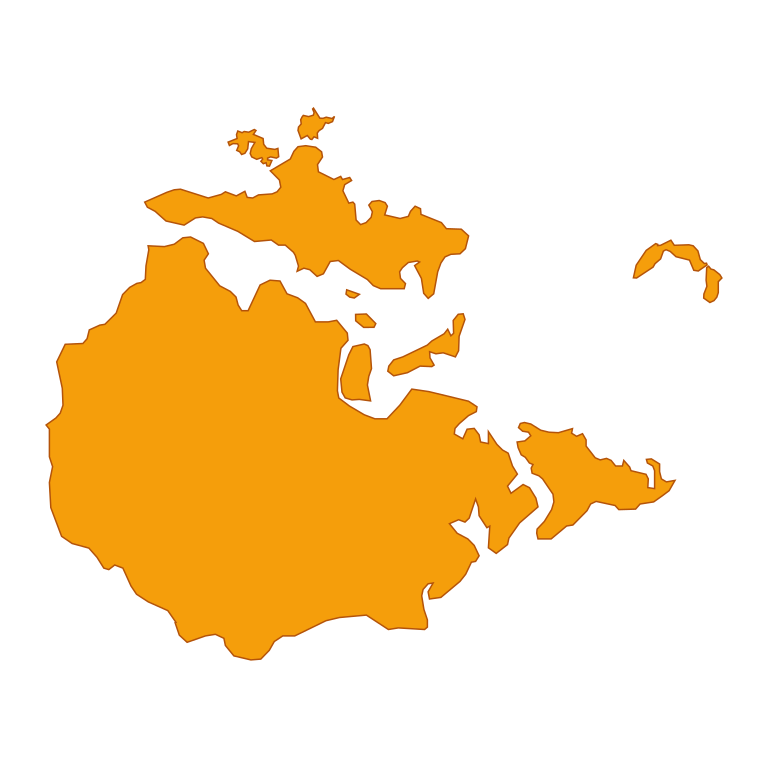 Semporna, Sabah, Malaysia (Robinson projection)
{"feature_id": "92858781B783004455088", "entity_name": "Semporna", "entity_type": "district", "adm_level": 2, "iso_a3": "MYS", "parent_name": "Malaysia", "parent_adm1": "Sabah", "projection": "robinson", "projection_center": [118.52, 4.527], "detail": "fine", "context": "isolated", "style": "filled", "palette": "amber", "viewbox_px": 768, "rotation_deg": 0, "n_neighbors": 0, "source": "geoboundaries", "source_scale": "gbopen_adm2", "svg_char_len": 6122}
<svg xmlns="http://www.w3.org/2000/svg" viewBox="0 0 768 768"><path d="M176.0,622.4L175.1,622.7L179.3,635.1L187.1,642.3L205.5,635.9L215.4,634.3L223.9,638.3L225.4,645.5L233.9,655.9L250.9,659.9L260.8,659.1L269.3,650.3L274.3,641.5L282.8,635.9L294.8,635.9L326.0,620.7L339.5,617.5L366.4,615.1L388.4,629.5L398.3,627.9L424.6,629.5L427.4,627.1L427.4,619.9L423.9,609.4L421.7,595.8L423.1,589.4L428.1,583.8L433.1,583.0L428.1,591.8L429.5,599.0L440.9,597.4L460.0,581.4L465.7,574.2L471.4,562.2L475.6,561.4L479.1,555.8L474.2,545.4L467.8,538.9L457.2,533.3L449.4,523.7L458.6,519.7L465.0,522.1L469.2,518.1L475.6,498.9L478.4,506.9L479.1,515.7L486.9,527.7L489.8,526.1L488.4,547.8L496.2,553.4L507.5,544.6L508.9,538.1L519.6,522.9L538.0,506.9L535.9,498.1L529.5,487.7L523.1,484.5L511.0,493.3L507.5,486.1L517.4,474.1L512.5,466.0L508.2,453.2L502.5,450.0L496.9,444.4L488.4,431.6L488.4,443.6L480.6,442.0L479.1,434.8L474.2,428.4L467.1,429.2L462.8,438.8L454.3,434.0L455.0,428.4L459.3,423.6L468.5,415.6L476.3,411.6L477.0,406.8L468.5,401.2L428.8,391.6L411.8,389.1L399.8,405.2L387.0,418.8L374.9,418.8L364.3,414.8L349.4,406.0L338.8,398.0L337.4,390.8L338.1,369.9L340.9,348.3L348.0,340.3L347.3,333.1L336.7,320.3L328.2,321.9L315.4,321.9L305.5,303.4L297.7,297.8L287.0,293.8L280.0,281.0L270.0,280.2L260.1,285.0L248.1,310.7L241.7,310.7L238.1,305.0L236.0,297.0L230.3,291.4L219.7,285.8L205.5,268.2L204.1,260.2L208.4,253.8L203.4,243.4L190.6,237.0L182.8,237.8L174.3,244.2L164.4,246.6L148.1,245.8L148.8,249.8L146.0,265.8L145.3,279.4L141.0,282.6L136.8,283.4L129.7,287.4L122.6,294.6L116.2,313.1L104.9,324.3L99.9,325.1L89.3,329.9L87.1,338.7L82.9,343.5L65.2,344.3L56.7,361.9L62.3,388.3L63.0,405.2L60.2,413.2L55.9,418.0L46.1,425.0L49.4,429.1L49.4,456.8L52.6,466.6L49.4,482.5L50.8,507.6L61.6,536.3L72.1,543.5L88.9,548.1L97.0,557.3L103.8,568.1L108.8,569.6L114.7,565.0L122.9,568.1L131.0,586.0L136.5,594.2L148.3,601.9L167.8,610.6L176.0,622.4ZM333.9,179.5L318.4,171.8L317.5,164.6L322.5,157.0L321.6,151.8L315.7,147.2L305.7,145.7L298.0,146.7L293.9,151.3L290.3,159.0L270.3,170.8L279.4,180.0L280.8,187.2L277.1,191.8L272.2,193.9L258.5,194.9L252.7,198.0L247.2,197.4L244.9,191.3L236.3,195.9L225.4,191.8L221.3,194.4L208.2,198.0L180.5,189.2L174.2,189.8L166.9,192.3L144.7,202.1L147.4,207.2L155.1,211.3L166.0,221.0L184.1,225.1L195.5,217.9L202.7,216.9L211.8,218.5L218.6,223.1L237.7,231.3L254.5,241.5L271.3,240.0L278.5,245.1L285.3,245.1L293.5,252.3L295.3,255.4L298.5,266.1L297.1,271.3L303.9,268.2L309.8,269.7L317.1,276.4L323.4,273.8L330.2,261.5L338.4,260.5L350.2,269.2L367.4,279.5L373.3,285.6L380.6,288.7L404.2,288.7L405.5,283.6L400.5,278.4L399.6,271.8L402.4,267.7L408.3,262.5L417.3,261.0L419.6,262.0L414.6,265.6L421.4,278.4L423.7,293.3L428.2,298.4L433.7,293.8L437.7,271.8L440.9,263.0L445.0,256.9L450.9,254.3L460.0,253.8L465.4,248.7L468.6,235.9L461.3,229.2L446.4,228.7L441.4,222.6L421.0,214.4L420.5,208.7L415.1,206.2L410.5,211.3L408.3,216.4L400.1,218.5L384.7,214.9L387.4,206.2L385.1,202.6L379.2,200.5L372.0,201.5L368.8,205.1L372.4,211.8L371.1,217.4L366.1,222.6L360.6,224.6L356.1,220.0L354.7,204.1L352.9,202.1L348.8,203.1L342.9,190.8L344.7,184.6L351.6,180.5L349.7,177.5L342.5,179.5L340.7,176.4L333.9,179.5ZM548.9,432.2L540.7,430.2L530.8,424.0L524.4,422.5L520.3,423.5L518.5,427.6L522.6,431.2L528.5,432.2L530.8,435.8L524.9,440.9L517.1,442.0L518.1,447.6L521.2,454.8L525.3,457.3L529.4,463.0L533.0,464.5L531.2,468.1L532.1,473.2L538.9,475.8L542.6,478.9L553.0,494.2L553.9,501.9L551.6,509.6L544.4,521.4L537.1,529.1L536.7,533.2L538.0,538.9L551.2,538.9L566.6,526.0L572.9,525.0L587.0,510.7L590.6,504.0L596.1,501.4L615.1,505.5L618.8,509.6L635.6,509.1L640.1,504.0L653.7,501.9L662.3,495.8L669.1,490.7L675.0,480.4L666.4,481.9L661.4,478.9L659.6,471.7L659.6,464.0L651.4,458.9L646.4,459.4L647.4,463.0L652.8,466.0L654.6,470.7L654.6,488.6L647.8,487.6L648.3,478.9L646.0,474.3L631.0,470.7L629.7,467.1L623.8,460.4L622.4,466.0L615.6,466.0L611.1,460.4L606.5,458.4L600.2,459.9L595.2,457.8L586.1,446.1L586.1,439.9L582.5,433.7L576.6,436.3L571.6,433.2L572.5,428.6L558.4,432.7L548.9,432.2ZM459.1,336.3L465.0,319.4L463.2,313.8L458.2,314.3L453.2,320.5L453.6,333.3L450.9,335.8L447.7,329.2L444.1,333.8L431.8,341.0L427.3,345.1L402.8,356.9L393.7,359.9L388.8,366.1L387.8,371.2L393.7,375.8L407.4,372.7L420.1,366.1L431.8,366.6L434.1,365.1L430.0,357.9L429.6,351.7L435.9,353.8L443.2,352.8L455.4,356.9L458.6,350.7L459.1,336.3ZM367.4,385.0L368.8,376.3L371.5,368.6L370.1,349.7L367.9,345.6L364.3,344.0L352.9,346.6L348.8,354.8L340.7,378.9L342.0,392.2L345.2,397.9L352.0,399.9L359.3,399.4L370.6,400.9L367.4,385.0ZM674.3,245.3L670.9,240.2L660.6,245.3L657.6,245.6L657.8,244.4L655.7,243.6L646.2,250.4L636.2,265.2L633.4,277.8L636.6,278.0L653.1,267.1L655.0,263.7L660.6,258.9L663.4,251.1L666.0,249.7L670.2,251.4L676.0,256.7L689.5,260.1L693.8,270.3L698.3,271.0L707.1,264.9L706.5,263.2L704.3,263.5L700.3,259.6L697.9,250.9L693.2,245.8L688.9,244.8L674.3,245.3ZM256.0,130.5L254.3,129.5L248.7,132.2L244.2,131.5L242.1,132.7L237.8,131.0L236.5,134.6L237.1,138.5L228.1,142.1L229.4,145.5L232.9,143.6L237.6,143.8L238.6,145.8L236.7,150.4L239.7,151.8L241.6,154.5L244.9,153.3L247.7,148.9L248.5,141.6L254.9,142.4L251.3,148.7L250.2,153.5L251.7,156.9L256.7,159.3L261.8,157.6L262.7,159.1L260.9,161.3L263.3,163.7L266.1,162.7L266.9,165.9L269.5,166.1L271.9,160.5L267.6,159.8L267.6,158.1L270.6,156.9L276.4,158.1L278.7,156.7L277.9,148.4L274.9,149.4L266.7,148.2L263.7,144.3L263.1,138.5L253.4,134.4L256.0,130.5ZM319.9,118.2L313.5,108.1L312.6,109.0L314.1,112.7L313.3,115.2L308.6,116.6L303.3,115.4L302.1,116.9L300.7,119.7L301.2,123.9L298.5,127.1L298.0,130.4L301.1,138.9L307.3,135.5L310.4,139.2L311.9,139.5L314.0,136.8L317.6,138.3L317.3,133.0L319.1,130.6L322.5,128.4L325.5,122.6L328.3,123.4L332.5,121.6L334.5,116.4L332.1,118.5L326.2,117.2L323.1,118.3L319.9,118.2ZM714.0,300.6L716.8,297.2L718.3,292.6L718.3,281.7L721.9,278.0L719.8,274.6L713.8,269.8L711.0,269.1L708.6,266.2L706.7,267.6L706.1,280.2L706.9,286.3L703.9,294.0L703.7,298.1L709.9,302.5L714.0,300.6ZM366.4,314.0L355.6,314.4L355.7,320.8L363.7,327.4L374.0,327.3L375.8,323.6L366.4,314.0ZM354.3,298.0L359.4,294.3L346.7,289.8L346.0,294.1L349.7,297.1L354.3,298.0Z" fill="#f59e0b" stroke="#b45309" stroke-width="1.5"/></svg>